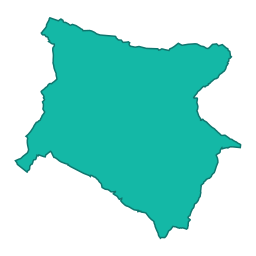 outline of Vulturesti, Arges, Romania
{"feature_id": "2599482B57723445665641", "entity_name": "Vulturesti", "entity_type": "district", "adm_level": 2, "iso_a3": "ROU", "parent_name": "Romania", "parent_adm1": "Arges", "projection": "natural_earth1", "projection_center": [25.099, 45.058], "detail": "fine", "context": "isolated", "style": "filled", "palette": "teal", "viewbox_px": 256, "rotation_deg": 0, "n_neighbors": 0, "source": "geoboundaries", "source_scale": "gbopen_adm2", "svg_char_len": 5661}
<svg xmlns="http://www.w3.org/2000/svg" viewBox="0 0 256 256"><path d="M160.4,238.2L161.1,237.7L161.7,237.5L164.7,237.6L165.8,236.5L166.4,235.7L167.2,234.2L168.5,231.2L169.2,230.5L170.2,229.9L170.9,229.3L171.2,228.8L171.5,228.4L172.9,226.4L174.4,226.7L175.8,226.8L177.7,227.7L179.8,228.2L180.6,227.8L181.4,228.0L181.6,228.1L182.5,227.8L184.3,228.3L186.6,229.1L187.7,228.0L187.6,227.4L188.2,225.5L188.0,224.9L188.2,224.2L188.2,223.4L188.5,221.6L189.6,220.6L190.0,220.2L190.1,219.6L188.7,218.6L188.0,217.6L188.2,216.9L188.8,216.2L189.9,215.7L190.6,213.2L190.9,212.6L191.0,211.9L191.9,210.2L192.0,209.6L193.0,208.3L193.4,208.0L193.8,207.2L194.0,206.7L194.1,205.8L194.5,204.3L195.0,203.7L196.4,202.9L196.7,202.4L197.4,201.7L198.5,199.7L198.9,198.1L199.5,197.3L200.1,196.5L200.4,194.5L200.7,193.2L200.8,192.1L200.5,191.2L200.7,190.4L201.0,187.4L201.2,186.2L201.0,185.4L203.6,183.1L203.8,182.0L205.8,180.4L206.0,179.6L208.1,178.5L209.5,178.2L211.3,176.5L211.7,175.2L212.8,173.8L214.2,172.6L215.0,170.6L216.3,166.4L217.9,162.4L217.8,160.3L217.4,158.1L216.3,155.6L216.2,155.1L217.2,154.1L219.4,152.9L220.1,152.0L220.2,150.4L220.9,149.0L221.9,147.7L222.3,148.8L224.6,148.1L227.1,147.6L227.9,148.0L228.6,147.5L230.3,146.8L233.5,146.9L240.3,147.6L240.6,145.0L240.6,144.7L240.2,144.3L237.7,143.1L236.4,142.0L235.5,141.7L233.2,140.4L231.9,139.4L230.0,139.0L228.6,137.7L227.8,137.2L225.2,135.3L224.4,135.2L222.9,135.4L221.7,135.4L221.2,135.3L219.3,133.4L218.5,132.8L217.3,131.7L216.5,130.8L215.7,130.2L215.0,129.4L214.4,128.8L212.0,127.3L210.1,125.7L207.4,123.0L206.6,122.1L203.8,120.5L202.9,119.4L202.3,119.3L201.4,120.3L200.6,120.3L200.6,118.8L198.8,116.0L197.3,111.6L196.9,111.0L196.9,110.7L197.6,109.0L197.9,106.7L197.7,105.5L196.8,102.6L196.9,101.9L197.4,99.0L197.3,98.3L196.9,98.0L194.3,98.1L193.8,97.8L193.7,97.5L195.3,95.2L196.8,93.5L197.8,91.5L199.3,90.5L200.6,89.3L201.2,88.5L202.9,86.8L203.5,86.4L203.8,86.4L204.5,86.5L205.0,86.9L205.9,86.0L207.9,85.2L208.5,84.6L208.5,84.3L208.4,83.9L208.5,83.7L209.0,83.7L209.4,83.6L209.8,83.2L210.3,82.9L210.6,82.2L211.3,81.8L211.9,81.2L213.0,80.3L213.7,79.6L214.8,78.9L216.0,78.7L217.2,78.1L217.8,77.7L218.3,77.0L218.7,75.9L219.4,74.8L220.0,74.2L221.7,73.1L222.7,72.2L224.3,71.0L225.5,69.2L225.9,68.1L226.3,66.4L226.7,65.6L227.5,64.7L227.7,64.0L228.0,63.5L227.6,63.4L227.4,62.8L227.7,62.2L228.7,61.2L228.9,59.1L229.2,58.5L230.0,58.3L231.4,56.8L231.0,56.4L230.5,56.3L229.8,51.4L228.3,50.5L227.7,48.6L226.5,48.2L222.3,44.6L218.6,45.8L216.6,43.9L212.5,44.4L209.4,47.6L208.0,48.5L206.4,48.3L203.7,46.6L200.9,46.1L197.0,44.0L195.1,43.8L188.0,44.3L182.0,45.3L178.3,43.3L174.3,46.5L171.9,48.0L169.9,48.8L169.0,50.5L164.7,49.6L162.6,49.0L161.6,48.9L160.4,49.7L158.7,50.1L157.8,48.8L146.4,48.4L139.0,46.5L135.2,47.2L130.9,46.3L130.4,46.3L129.2,44.8L129.1,44.6L129.1,44.2L129.5,43.0L129.7,42.8L129.7,42.7L129.2,42.5L128.3,41.8L127.2,42.1L123.0,42.4L121.2,40.1L118.4,40.0L116.1,37.8L115.9,36.9L115.2,36.3L100.0,35.0L96.5,33.8L94.6,32.4L91.7,31.0L89.6,30.5L83.0,30.7L82.4,29.5L81.5,29.2L79.7,27.9L76.0,25.6L72.4,24.4L70.4,25.3L69.3,24.7L68.3,23.8L68.0,23.7L65.6,22.4L64.2,22.4L63.3,21.8L62.9,20.3L62.5,20.1L62.2,20.0L61.9,19.6L61.4,19.7L61.1,19.1L60.7,19.1L58.4,20.8L49.9,17.8L49.2,18.9L49.1,19.9L48.7,20.7L47.6,22.6L46.5,24.9L46.5,25.6L46.4,26.6L45.0,28.6L44.4,29.2L43.4,30.5L42.9,31.0L41.7,32.7L41.3,33.0L41.8,34.0L42.8,34.9L43.3,34.9L44.3,34.7L44.9,35.1L45.9,36.5L46.5,36.8L47.2,36.7L48.1,37.5L48.3,39.1L49.6,40.9L48.7,41.6L49.4,41.9L51.0,43.1L51.9,43.7L52.4,43.9L53.8,44.0L54.3,44.2L54.3,45.5L53.9,46.6L53.1,47.4L52.8,48.7L52.8,50.6L53.3,53.8L53.4,55.7L53.3,57.6L53.2,59.2L53.2,61.6L53.0,62.8L53.7,65.5L54.1,68.1L54.8,70.2L56.2,73.6L56.1,74.7L56.3,76.0L56.7,77.4L56.9,79.2L54.2,81.6L52.4,82.9L51.6,83.7L50.0,83.5L49.3,83.8L48.5,84.5L47.8,85.3L47.5,86.2L46.6,87.0L45.5,87.6L44.7,88.6L42.1,90.6L41.2,91.4L41.4,92.4L42.2,93.8L43.3,95.0L44.1,97.0L43.4,97.8L43.7,98.3L44.3,99.0L44.5,99.4L44.2,100.1L43.4,101.0L42.5,101.8L42.8,102.9L43.4,103.9L43.4,106.4L42.9,109.0L44.7,112.0L43.8,113.6L42.2,115.6L41.5,117.5L40.7,118.7L40.3,120.1L38.9,120.8L37.8,121.9L36.3,122.4L34.2,125.5L33.2,127.6L30.7,131.4L28.3,134.3L26.0,136.3L27.2,137.1L27.7,138.4L27.3,140.1L27.3,142.7L27.6,145.0L28.6,149.5L28.2,151.3L27.4,152.9L22.7,156.6L21.9,157.5L21.0,158.3L20.1,158.8L19.0,159.1L15.4,160.7L16.8,162.6L17.4,164.4L27.1,172.1L27.4,171.8L27.4,171.3L27.8,170.7L29.0,170.0L29.6,169.0L29.7,167.9L29.7,167.1L29.8,166.2L31.0,164.5L31.6,164.1L32.1,164.1L32.8,162.4L32.9,161.4L33.9,159.7L35.3,159.6L35.8,159.2L36.1,158.4L36.3,157.3L36.7,156.8L37.0,155.2L38.3,155.8L38.8,154.9L43.7,156.6L45.2,156.9L45.8,154.9L46.9,154.1L48.3,152.9L49.4,152.1L50.3,151.3L50.7,151.4L51.7,152.8L52.2,153.8L52.2,154.0L53.9,157.4L54.8,157.5L56.2,158.3L58.0,159.7L59.3,160.8L61.1,161.9L65.2,163.5L68.0,164.3L68.4,164.8L68.2,165.2L68.7,165.3L70.2,166.4L83.6,173.3L89.2,175.5L90.4,176.5L90.8,175.3L92.1,175.6L94.2,177.0L94.9,177.1L95.4,177.3L96.0,177.9L96.2,178.2L96.6,178.7L97.8,179.5L99.4,181.9L100.7,183.1L101.4,184.1L102.1,187.5L105.2,189.2L108.1,189.6L109.7,190.7L110.8,191.7L111.9,191.9L113.7,191.8L115.4,191.5L115.4,191.9L113.3,193.8L114.5,194.7L116.8,196.0L117.7,196.9L118.1,197.7L119.3,199.3L120.4,198.9L121.7,198.3L121.7,199.0L120.8,200.8L122.3,202.6L124.9,205.0L126.5,206.0L126.9,206.0L128.3,206.5L130.0,207.4L131.4,208.3L134.1,209.8L137.8,210.4L137.9,211.6L138.7,211.4L139.0,210.7L140.0,211.5L140.8,211.2L141.2,212.0L144.7,212.6L145.9,213.0L146.9,214.3L149.1,217.2L151.5,219.6L153.1,220.7L154.0,221.7L154.1,222.9L155.1,225.6L155.2,226.6L156.7,230.2L158.1,233.1L158.3,234.1L158.5,235.2L159.4,236.9L160.2,237.5L160.4,238.2Z" fill="#14b8a6" stroke="#0f766e" stroke-width="1.5"/></svg>